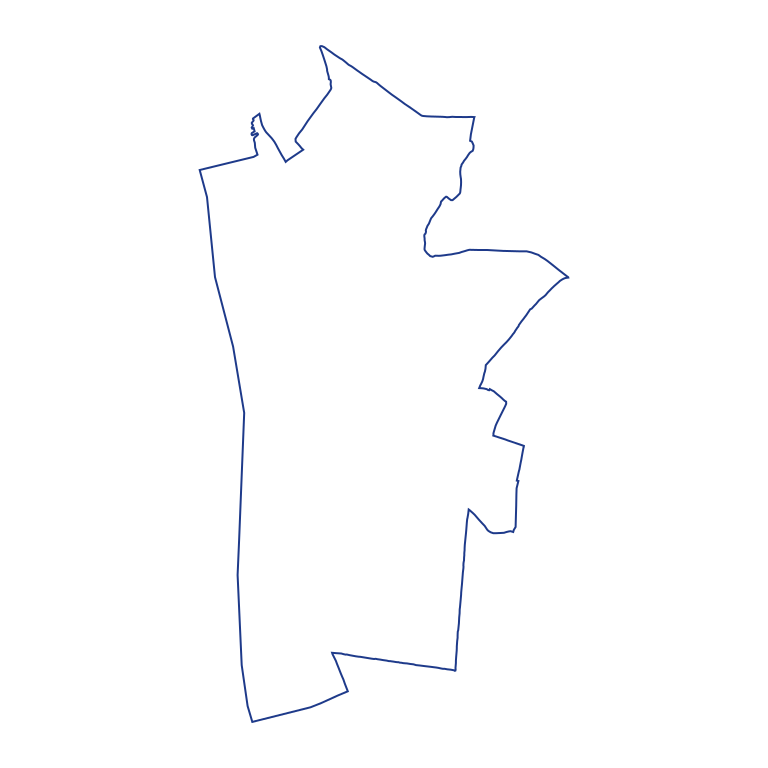 outline of Ipotesti, Olt, Romania
{"feature_id": "2599482B17273556266895", "entity_name": "Ipotesti", "entity_type": "district", "adm_level": 2, "iso_a3": "ROU", "parent_name": "Romania", "parent_adm1": "Olt", "projection": "albers", "projection_center": [24.407, 44.32], "detail": "fine", "context": "isolated", "style": "outline", "palette": "blue", "viewbox_px": 768, "rotation_deg": 0, "n_neighbors": 0, "source": "geoboundaries", "source_scale": "gbopen_adm2", "svg_char_len": 6070}
<svg xmlns="http://www.w3.org/2000/svg" viewBox="0 0 768 768"><path d="M252.3,721.9L310.5,707.3L321.1,703.1L337.6,695.6L347.8,691.3L344.8,683.6L343.4,679.5L342.2,676.8L340.9,673.7L340.1,671.7L338.5,667.6L337.0,663.9L335.9,660.9L334.9,658.9L333.8,656.7L332.6,654.3L332.1,652.8L335.4,653.1L341.3,653.5L343.7,654.2L345.6,654.6L346.8,654.5L349.8,655.2L355.8,656.3L358.6,656.7L360.2,656.8L371.8,658.7L374.1,659.0L375.7,658.8L377.4,659.2L380.3,659.6L383.1,660.1L386.7,660.6L388.8,661.1L390.1,661.1L391.2,661.3L393.4,661.6L395.7,662.0L397.3,662.2L398.5,662.2L399.6,662.6L401.7,662.8L403.0,663.1L405.2,663.3L406.9,663.4L410.5,664.0L413.3,664.3L414.4,664.6L416.0,665.1L419.9,665.5L424.6,666.1L430.6,666.8L433.6,667.2L436.1,667.5L438.5,667.9L441.2,668.5L442.9,668.8L444.6,668.8L447.2,669.3L450.9,669.7L454.0,670.3L454.8,670.8L455.4,670.6L455.6,669.7L455.5,667.8L455.9,663.0L455.9,660.8L456.2,656.5L456.7,650.6L456.8,648.1L456.8,646.6L457.2,640.9L457.6,637.8L457.6,635.7L457.7,633.0L457.8,631.5L458.2,630.3L458.9,623.5L459.2,617.5L459.6,613.4L459.7,609.4L460.0,607.1L460.7,599.4L461.1,594.8L461.2,592.4L461.6,588.0L462.0,583.9L462.4,578.7L462.9,572.3L463.4,568.3L463.5,566.7L463.4,565.7L463.5,563.1L463.8,561.3L464.0,560.6L464.1,557.3L464.3,555.3L464.3,553.2L464.5,551.0L464.6,550.1L464.6,548.3L464.8,544.8L466.0,533.0L466.3,529.6L466.7,524.4L466.8,523.0L467.0,520.9L467.2,519.1L467.5,517.9L468.2,513.8L468.7,509.5L469.4,510.0L472.7,512.9L474.7,514.8L478.9,519.7L482.2,523.3L484.7,525.9L487.2,529.7L488.4,530.9L490.7,532.3L493.3,533.2L495.9,533.2L500.4,533.0L504.0,532.8L506.5,532.0L509.0,531.4L510.6,531.2L513.2,532.0L513.8,529.9L515.6,527.0L516.2,505.8L516.4,494.3L516.6,488.2L518.4,481.0L516.8,480.6L518.9,471.2L519.4,469.5L520.2,465.1L521.0,461.0L521.2,460.2L522.0,455.6L522.8,451.2L523.7,446.6L523.8,446.6L523.9,445.9L507.7,440.4L505.4,439.5L493.3,435.6L493.5,434.5L493.4,433.8L493.6,432.6L495.7,425.5L497.0,422.6L500.5,415.5L505.1,406.3L506.2,403.8L506.1,401.7L504.7,400.8L503.0,399.3L501.9,398.2L500.1,396.6L496.9,394.0L493.7,391.2L492.4,390.6L489.8,389.1L489.5,389.7L489.3,390.2L488.3,390.1L486.6,389.1L483.5,388.4L481.3,388.2L479.2,388.1L480.4,385.1L480.8,384.5L482.3,381.4L483.1,378.9L483.5,376.8L484.3,373.3L484.9,371.6L485.5,368.7L485.8,365.1L487.2,363.6L489.1,361.5L492.3,357.8L494.6,355.5L496.2,353.5L498.1,351.1L501.2,347.5L503.9,344.7L506.7,341.9L509.0,339.3L511.8,335.8L512.9,334.2L513.7,333.3L514.5,332.2L515.3,330.7L516.3,329.3L517.1,328.0L518.1,326.8L518.6,326.0L518.9,325.0L521.4,321.5L523.8,318.5L524.5,317.5L526.2,315.3L528.8,311.4L529.2,310.8L530.1,309.4L531.7,308.6L534.5,305.5L536.0,304.0L539.1,300.2L540.5,299.1L541.8,298.1L544.0,296.5L545.6,295.1L547.9,292.3L549.8,290.4L551.8,288.3L553.2,287.0L554.0,286.2L557.3,283.3L558.6,282.2L559.8,281.0L562.1,279.5L563.6,278.7L565.1,278.1L566.6,277.8L568.3,277.6L568.2,277.2L566.7,276.1L562.8,273.1L561.7,272.2L560.1,271.0L557.7,269.1L554.5,266.5L547.4,260.9L544.7,259.0L541.0,256.8L538.4,254.9L535.1,253.8L531.3,252.4L528.2,251.7L526.5,251.3L524.2,251.3L518.5,251.3L503.1,250.9L497.7,250.6L487.1,250.0L478.8,250.0L474.0,249.9L469.4,249.8L467.3,250.3L464.8,251.1L461.6,252.0L459.2,252.9L454.6,253.7L451.2,254.4L448.3,254.7L444.9,255.2L440.7,255.7L439.0,255.8L435.2,255.7L433.8,256.4L432.7,256.8L430.2,256.1L429.0,254.9L427.3,253.5L426.1,252.0L425.3,250.9L424.8,250.2L424.5,249.1L424.6,247.9L424.7,246.8L424.9,245.1L425.1,243.5L425.0,242.2L424.7,240.7L424.6,239.6L424.6,238.3L424.4,237.0L424.3,235.9L424.4,234.9L424.7,234.3L425.4,233.7L425.8,232.6L426.0,231.5L425.8,230.4L426.1,229.2L426.5,228.3L427.5,225.8L428.9,223.7L429.7,221.7L430.7,219.2L431.3,218.0L432.5,216.6L434.3,214.2L435.4,212.6L437.6,209.1L439.3,206.6L440.0,205.3L440.6,204.0L440.8,202.7L441.1,201.5L441.8,200.9L443.2,199.3L444.5,197.9L446.1,196.7L446.9,196.9L449.0,198.7L451.0,200.1L452.6,200.1L456.4,196.9L457.6,195.7L458.6,194.7L459.7,193.6L460.0,193.0L460.2,192.4L460.4,190.9L460.5,189.5L460.7,188.0L461.0,185.2L461.1,182.1L461.0,179.0L460.9,178.5L460.6,176.6L460.3,174.3L460.2,171.7L460.6,167.6L461.3,166.0L461.6,164.5L463.0,162.6L464.1,160.7L465.6,158.9L467.0,157.0L468.0,155.3L469.7,152.9L470.9,151.9L472.7,150.8L473.3,149.1L473.5,147.7L473.6,145.5L472.7,143.3L471.9,141.6L470.1,140.8L470.9,134.3L474.2,117.6L474.4,117.1L471.4,116.9L468.9,117.0L465.1,117.1L460.6,117.0L456.0,117.0L452.2,116.8L449.3,117.1L446.9,117.2L445.1,117.0L442.3,116.8L431.3,116.5L426.8,116.3L423.3,116.0L422.1,115.8L420.9,115.2L419.1,113.9L417.3,112.6L410.5,107.8L405.1,104.2L400.4,100.7L395.5,97.2L391.9,94.7L389.0,92.5L384.6,89.1L380.3,85.8L378.2,84.0L377.1,83.0L375.9,82.2L373.7,81.6L372.5,81.0L370.6,79.6L362.1,73.9L357.4,70.6L352.6,67.1L350.9,66.0L349.0,65.0L348.3,64.5L345.9,62.4L343.1,60.1L341.8,59.2L340.4,58.5L339.0,57.6L334.3,54.5L331.5,52.4L326.8,49.1L325.2,47.8L324.2,47.1L322.1,46.2L321.3,46.1L320.4,46.2L320.1,46.9L319.9,47.5L321.5,51.3L322.9,55.3L324.6,60.5L326.4,66.2L326.9,68.5L327.1,69.6L327.1,70.6L327.3,71.5L328.5,75.7L328.8,77.1L328.9,79.2L329.6,79.5L330.2,79.8L330.6,80.3L330.8,81.0L330.8,82.6L330.6,84.1L330.8,85.3L331.1,86.8L331.3,87.9L331.1,88.7L330.5,89.9L327.2,94.7L324.3,98.3L323.3,99.7L320.2,104.0L316.7,109.0L313.4,113.2L307.6,121.2L302.2,129.5L300.7,131.3L299.0,133.4L296.4,137.3L295.5,138.9L295.6,140.3L295.7,141.6L298.3,144.3L299.9,146.1L301.4,148.0L303.2,149.7L287.5,160.3L285.7,161.9L284.0,158.8L281.7,155.1L278.0,148.4L276.2,144.9L274.4,141.8L273.0,139.9L271.6,138.1L267.7,133.9L266.2,132.3L265.1,130.7L264.0,128.8L263.1,127.1L262.1,125.1L261.0,121.1L260.4,118.3L259.8,115.3L259.4,113.8L253.0,118.5L252.9,119.0L253.6,120.1L253.5,120.7L252.4,122.0L251.8,122.8L251.9,123.8L252.6,124.6L253.0,125.4L252.3,126.6L251.7,127.7L252.3,128.7L253.7,128.1L254.6,131.3L251.8,133.1L251.6,133.6L251.6,134.4L252.0,135.1L252.7,135.2L257.1,133.2L257.7,133.7L258.0,134.3L257.7,134.9L256.0,136.4L254.6,137.5L253.9,139.0L254.0,140.3L254.8,142.8L255.2,147.7L257.5,154.7L253.6,156.9L199.7,170.0L207.0,197.1L215.0,277.1L233.1,346.6L244.2,412.9L239.1,540.4L237.6,575.0L241.7,665.1L247.6,706.0L252.3,721.9Z" fill="none" stroke="#1e3a8a" stroke-width="2"/></svg>